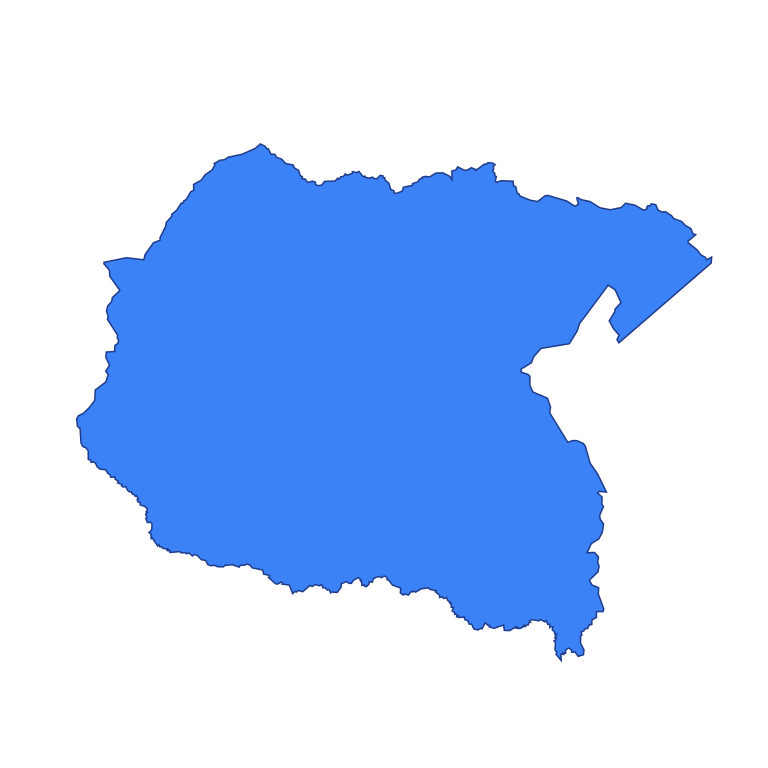 Asunafo North Municipal, Brong Ahafo, Ghana, rotated 281°
{"feature_id": "2480657B96138797401471", "entity_name": "Asunafo North Municipal", "entity_type": "district", "adm_level": 2, "iso_a3": "GHA", "parent_name": "Ghana", "parent_adm1": "Brong Ahafo", "projection": "robinson", "projection_center": [-2.711, 6.815], "detail": "fine", "context": "isolated", "style": "filled", "palette": "blue", "viewbox_px": 768, "rotation_deg": 281, "n_neighbors": 0, "source": "geoboundaries", "source_scale": "gbopen_adm2", "svg_char_len": 6146}
<svg xmlns="http://www.w3.org/2000/svg" viewBox="0 0 768 768"><g transform="rotate(281 384 384)"><path d="M146.4,610.7L152.6,609.2L152.9,612.1L154.4,611.1L154.4,613.6L157.3,613.1L160.1,615.3L158.8,618.7L156.5,619.4L157.3,622.7L153.7,626.6L156.3,631.5L161.2,631.0L167.0,626.4L174.1,625.1L175.2,626.2L178.2,624.8L179.8,627.2L182.2,628.2L183.0,630.7L186.7,631.4L187.5,633.9L192.1,633.1L195.3,637.1L201.1,636.0L202.4,642.4L205.2,642.6L218.7,634.5L225.0,633.6L226.5,626.3L230.7,623.1L240.4,629.9L246.1,629.9L250.0,627.7L255.2,627.5L258.8,622.7L257.1,615.5L266.9,618.0L273.0,624.5L280.2,626.6L288.5,626.2L292.3,622.2L296.0,620.7L305.5,622.8L307.5,620.8L314.7,619.6L317.7,614.5L319.6,615.8L320.4,622.9L336.4,610.9L345.7,601.4L361.7,593.3L363.7,590.8L365.2,584.2L364.5,580.0L361.8,575.6L387.4,552.1L393.1,551.9L401.2,547.2L404.6,531.6L410.6,527.4L419.4,525.8L420.9,523.4L421.8,516.5L424.8,515.7L432.9,524.6L439.2,525.7L448.9,531.3L458.9,558.2L473.2,563.6L480.3,564.3L523.7,585.2L520.6,592.8L509.1,601.2L501.7,596.6L499.0,596.8L489.0,593.0L481.9,598.9L476.8,605.5L472.2,604.2L469.2,606.7L565.2,682.1L571.1,681.4L567.5,677.1L569.7,675.1L571.1,670.6L575.3,665.9L580.8,655.7L582.1,655.1L590.0,661.5L590.6,658.4L595.1,655.6L597.2,649.5L600.4,645.0L601.6,636.9L604.1,634.1L606.7,627.8L605.9,623.6L607.2,619.5L611.9,616.6L611.9,612.0L609.2,610.8L609.5,609.2L608.4,608.4L605.6,608.4L604.3,605.3L607.4,596.4L607.5,586.6L602.5,583.3L598.2,572.9L598.2,562.4L602.4,551.4L602.6,542.4L603.8,539.1L603.4,537.7L597.6,540.6L594.9,537.5L598.5,528.4L600.4,508.7L599.3,506.0L592.4,500.0L592.3,492.7L594.4,481.7L596.2,480.4L596.5,478.5L602.9,475.6L603.3,473.3L607.7,472.1L605.9,460.2L603.5,455.8L604.6,454.5L609.1,454.7L609.5,452.9L611.9,452.6L613.9,449.8L615.9,450.7L618.4,449.8L620.4,451.3L621.6,448.7L621.1,443.7L619.3,442.7L619.0,440.6L611.1,433.3L612.1,432.9L613.0,428.5L609.5,424.5L609.3,421.5L611.2,414.9L607.9,413.7L606.0,410.0L597.4,411.8L600.4,408.9L602.5,401.6L600.9,394.5L595.9,389.2L595.7,384.9L594.1,381.8L593.2,382.2L591.9,379.8L589.0,378.7L586.1,373.7L584.5,374.2L580.8,365.5L576.7,365.1L573.6,359.9L573.4,357.6L575.6,356.9L576.3,353.4L582.0,350.5L584.6,346.0L586.7,345.3L586.5,343.8L588.2,343.2L588.0,340.4L584.2,337.9L583.7,335.7L584.9,333.3L583.2,330.1L583.3,326.8L584.4,325.6L583.5,325.4L583.8,323.7L587.9,318.8L586.4,317.3L586.4,312.5L584.7,312.7L582.4,308.9L581.9,306.7L582.9,306.0L580.0,304.5L579.1,302.0L576.6,300.8L577.1,299.1L574.0,297.4L571.5,286.9L567.5,285.0L566.1,281.6L566.7,278.5L568.9,278.4L569.6,275.4L567.3,270.5L570.1,267.7L569.9,264.3L571.9,264.4L572.5,262.1L577.4,259.4L579.0,254.9L581.7,252.9L581.6,245.6L585.3,240.4L586.0,235.2L588.7,233.1L588.0,229.2L592.9,225.5L592.7,223.7L594.6,222.1L596.1,216.9L590.6,212.5L582.4,200.7L576.9,187.8L573.7,184.6L572.4,180.3L568.1,175.2L566.6,176.2L561.3,174.4L555.3,168.5L549.2,165.7L543.6,159.0L538.0,160.2L535.8,157.6L527.1,154.5L525.8,152.6L523.5,152.3L522.8,150.4L514.9,147.3L510.2,143.4L507.6,143.4L501.2,139.5L496.9,139.6L484.9,136.2L482.4,136.8L478.7,130.8L465.8,124.9L460.1,124.5L458.8,107.1L450.0,85.9L448.5,86.2L443.2,92.8L437.4,94.3L425.4,106.9L416.9,100.9L412.9,100.9L407.8,97.9L402.8,97.6L397.5,100.4L394.8,100.1L381.0,113.3L378.3,113.3L376.0,115.3L372.9,114.9L370.6,112.5L364.5,113.4L362.4,105.3L357.2,105.8L350.0,111.0L343.5,108.4L340.6,111.5L332.9,110.5L323.0,101.7L312.8,103.2L303.9,98.8L297.9,94.5L294.6,90.2L291.0,88.9L283.8,91.3L282.1,94.2L268.4,97.8L265.2,100.2L264.4,103.7L262.0,106.4L253.5,108.1L253.3,110.3L251.2,111.4L252.1,113.7L251.1,116.1L248.4,117.8L246.2,121.4L246.8,126.9L243.5,130.0L242.8,132.3L240.4,133.5L241.3,137.5L239.4,138.1L237.7,141.9L236.0,141.5L235.4,145.9L233.9,145.8L233.1,147.3L233.9,150.1L230.6,152.7L229.5,154.8L230.1,156.5L228.0,157.8L228.1,159.3L226.3,161.2L227.3,162.4L224.0,164.8L223.4,163.8L221.4,164.7L221.0,167.3L218.8,167.7L218.2,172.3L216.2,175.8L213.1,174.9L212.7,176.3L210.7,174.8L207.7,176.9L206.6,175.8L202.9,178.2L203.7,181.2L202.3,183.0L196.8,183.8L193.3,181.7L192.3,183.8L187.7,185.0L188.5,186.1L181.7,192.8L183.3,194.0L181.3,195.1L181.8,196.7L180.4,198.5L180.8,203.1L180.1,204.4L179.1,202.1L179.4,205.6L177.8,206.0L180.4,215.2L179.6,217.5L180.6,221.5L179.6,222.4L180.9,224.9L178.6,228.8L180.2,230.1L180.3,233.1L176.7,238.3L176.7,242.7L173.2,245.3L172.6,248.8L173.7,252.3L172.9,255.5L173.8,261.1L175.6,262.6L177.7,269.6L176.6,276.7L178.6,277.5L179.5,281.9L181.2,283.6L180.6,287.2L178.4,289.5L178.2,300.5L174.4,302.1L174.3,307.6L173.6,308.5L172.0,307.5L167.2,315.7L167.3,317.8L170.0,321.0L169.3,322.5L168.1,322.2L168.6,329.4L160.8,334.3L163.4,336.2L163.0,337.6L165.0,339.5L164.6,343.9L172.0,349.7L171.6,352.2L174.0,354.9L173.6,359.3L175.2,361.3L172.2,362.9L172.8,364.7L170.9,367.8L171.6,369.4L168.8,371.5L169.7,371.9L170.6,378.0L176.3,380.6L179.9,380.3L182.9,385.0L181.6,387.9L182.2,390.1L185.5,391.4L189.1,395.8L187.1,399.0L186.5,398.2L185.2,399.9L182.1,400.7L182.9,403.2L181.8,403.5L181.7,405.5L184.9,407.5L187.0,407.2L187.3,410.5L190.3,410.6L192.8,413.1L194.1,416.3L193.3,418.4L195.6,420.7L194.8,423.8L192.3,424.5L192.6,425.8L188.2,430.7L186.9,439.3L182.1,439.9L180.5,443.1L181.9,444.8L181.4,448.1L185.5,450.4L185.4,452.0L186.5,452.4L185.7,454.7L190.0,459.6L192.3,466.6L191.2,468.3L191.0,474.6L189.9,474.0L187.2,478.9L185.0,479.3L186.2,482.1L184.8,483.4L186.3,486.3L183.8,487.6L181.8,491.4L181.4,490.6L180.8,491.9L177.7,492.6L177.8,494.8L174.2,494.2L173.2,496.8L171.4,497.4L171.9,499.1L170.1,499.7L170.4,500.8L169.4,500.0L169.1,502.0L170.5,507.4L168.1,508.2L167.7,511.4L164.5,513.4L165.0,515.8L160.7,518.9L160.5,523.2L162.6,525.6L162.3,526.9L168.8,528.9L166.7,532.6L167.2,533.7L165.6,533.8L165.2,538.6L170.2,547.4L165.1,549.1L165.9,554.4L171.0,560.0L170.8,561.3L169.6,560.4L169.7,563.1L170.8,565.7L174.0,567.4L172.5,568.0L173.3,569.5L174.8,569.9L175.1,571.6L178.3,572.0L178.2,573.0L179.1,572.2L180.9,574.1L181.1,581.3L182.7,582.6L181.2,587.3L182.7,588.4L179.3,590.5L179.8,592.3L176.6,593.3L177.7,594.0L177.7,596.3L175.0,595.9L173.1,598.6L170.7,599.6L171.3,601.3L167.6,600.1L168.0,601.5L165.6,601.4L164.3,599.9L162.7,601.7L155.6,602.6L153.6,604.9L151.5,604.4L146.4,610.7Z" fill="#3b82f6" stroke="#1e3a8a" stroke-width="1.5"/></g></svg>